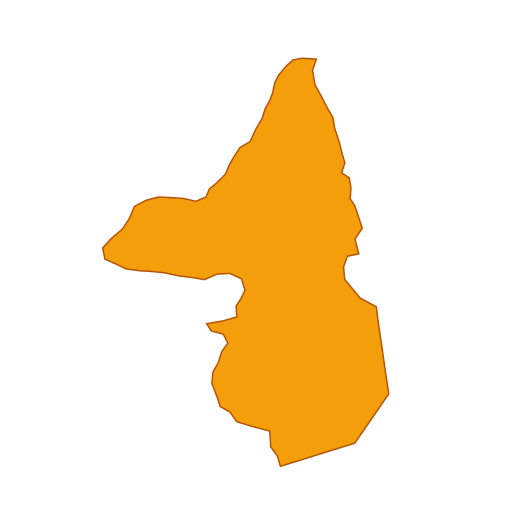 outline of Lajeado Grande, Santa Catarina, Brazil, rotated 279°
{"feature_id": "56859067B27052797536229", "entity_name": "Lajeado Grande", "entity_type": "district", "adm_level": 2, "iso_a3": "BRA", "parent_name": "Brazil", "parent_adm1": "Santa Catarina", "projection": "natural_earth1", "projection_center": [-52.542, -26.847], "detail": "fine", "context": "isolated", "style": "filled", "palette": "amber", "viewbox_px": 512, "rotation_deg": 279, "n_neighbors": 0, "source": "geoboundaries", "source_scale": "gbopen_adm2", "svg_char_len": 1279}
<svg xmlns="http://www.w3.org/2000/svg" viewBox="0 0 512 512"><g transform="rotate(279 256 256)"><path d="M239.8,103.3L229.3,107.3L226.3,118.3L222.9,129.8L223.3,144.4L224.3,154.2L225.1,167.8L224.3,182.4L224.8,197.4L224.6,208.7L232.0,220.3L234.7,232.9L231.2,245.2L220.4,250.5L211.7,247.9L203.6,244.2L192.8,246.5L187.1,234.5L181.4,217.9L175.0,223.5L173.7,235.9L165.6,241.8L156.0,237.1L144.4,235.3L135.0,231.7L123.2,232.3L110.8,239.6L101.7,244.2L97.8,254.8L89.3,262.9L86.9,280.3L85.2,297.0L69.8,300.4L62.0,308.3L52.1,313.0L86.6,382.8L116.9,397.4L140.6,408.7L168.1,400.0L185.5,394.7L211.9,386.4L224.6,382.8L230.7,365.5L246.7,347.3L258.8,344.2L270.0,346.3L274.2,357.2L288.2,351.1L300.1,356.6L311.1,350.9L320.8,345.9L327.4,340.0L337.8,339.2L347.7,335.9L351.6,327.6L362.0,329.2L371.9,324.4L380.5,320.9L394.8,313.6L404.7,310.4L412.8,303.7L423.6,295.8L434.5,287.4L448.3,282.8L459.9,284.8L458.6,270.8L455.5,261.9L447.5,255.6L438.2,250.1L430.5,247.5L419.7,246.9L411.5,245.2L403.7,242.2L393.0,240.6L380.9,235.9L368.1,232.3L360.7,223.3L351.1,218.9L342.5,215.6L332.1,213.0L322.2,205.9L314.9,199.4L306.4,197.4L300.6,188.0L301.5,175.1L300.3,162.7L299.0,150.5L293.8,138.6L286.0,128.2L273.1,125.0L261.8,119.9L250.2,110.0L239.8,103.3Z" fill="#f59e0b" stroke="#b45309" stroke-width="1.5"/></g></svg>